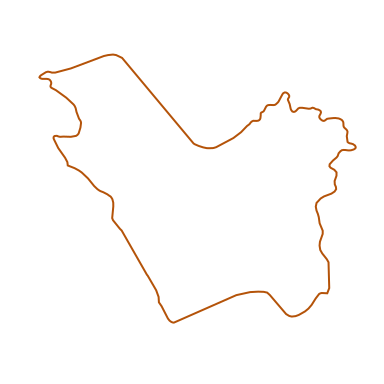 the border of Saïda, rotated 94°
{"feature_id": "DZA-2204", "entity_name": "Saïda", "entity_type": "Province", "adm_level": 1, "iso_a3": "DZA", "parent_name": "Algeria", "parent_adm1": "", "projection": "equal_earth", "projection_center": [-0.019, 34.538], "detail": "fine", "context": "isolated", "style": "outline", "palette": "amber", "viewbox_px": 384, "rotation_deg": 94, "n_neighbors": 0, "source": "natural_earth", "source_scale": "10m", "svg_char_len": 3135}
<svg xmlns="http://www.w3.org/2000/svg" viewBox="0 0 384 384"><g transform="rotate(94 192 192)"><path d="M304.4,217.3L299.0,218.0L292.5,220.9L278.5,230.4L277.7,231.2L235.3,259.5L233.7,261.4L225.7,268.8L223.6,269.8L212.0,269.5L208.2,269.8L204.8,270.9L203.2,272.0L202.1,273.0L201.7,273.9L200.2,276.3L198.4,280.5L197.6,283.1L197.1,284.3L195.8,286.5L192.9,290.0L185.7,296.7L180.2,303.4L178.4,306.4L176.4,310.8L174.2,317.8L170.9,318.4L166.7,321.0L157.5,328.5L148.9,333.5L147.8,333.9L146.7,333.8L145.8,333.1L145.5,331.6L145.4,330.8L145.5,330.3L145.7,329.9L146.1,328.2L146.1,326.9L145.7,324.2L145.4,316.7L144.1,311.6L143.1,310.3L141.6,309.2L135.6,307.8L130.8,307.5L129.6,307.8L128.5,308.4L126.8,309.8L120.2,312.8L116.5,313.9L114.6,314.9L113.8,315.5L112.9,316.3L106.7,324.0L99.9,334.9L98.2,338.8L97.6,339.9L96.8,340.5L95.5,340.5L93.9,340.0L92.6,340.1L91.5,340.5L90.0,341.8L89.7,342.4L89.4,343.4L89.3,344.5L89.3,345.5L89.5,347.7L89.6,349.1L89.4,350.4L88.9,351.5L88.2,352.2L87.2,351.8L86.1,350.8L82.7,346.1L82.0,344.1L82.3,341.6L82.7,340.0L82.4,336.7L77.2,321.5L62.5,289.4L61.3,285.4L60.4,280.4L60.7,277.2L63.1,271.1L143.5,193.8L144.2,192.5L145.6,188.5L146.7,184.0L147.2,180.5L147.2,178.9L146.8,174.6L146.5,173.3L145.6,171.0L135.3,154.5L128.9,147.2L122.3,141.7L120.7,139.8L119.8,139.0L118.7,138.4L117.6,137.4L116.7,135.9L116.6,132.9L116.3,131.1L115.6,129.9L114.6,129.2L113.5,128.9L110.8,128.8L109.6,128.9L108.6,128.9L107.9,128.4L107.4,127.5L106.9,126.7L106.5,126.2L105.6,125.7L101.8,124.1L100.7,123.3L100.0,122.1L99.7,120.1L99.6,116.7L99.3,115.4L98.6,114.4L96.8,112.7L95.8,112.0L88.2,108.6L87.0,107.8L86.2,106.4L86.2,105.2L86.7,104.0L87.4,103.0L88.3,102.2L89.3,101.7L90.4,101.7L92.4,102.7L93.3,102.8L97.5,100.7L102.3,99.3L103.5,98.6L104.7,97.5L105.0,96.3L104.8,95.2L104.1,94.2L103.2,93.4L101.2,91.8L100.5,90.4L100.3,88.1L100.8,81.3L100.5,79.5L99.9,78.5L99.5,77.5L99.8,76.1L100.7,74.3L101.0,71.7L101.7,70.2L102.5,69.2L103.6,68.9L104.9,69.2L107.1,70.2L108.3,70.3L109.4,69.8L110.5,68.8L111.7,66.9L111.9,65.4L111.3,64.3L109.6,62.4L109.2,60.8L108.4,56.2L108.2,54.2L108.4,50.8L109.0,49.0L109.7,47.6L110.5,46.8L111.5,46.1L112.6,45.8L115.4,45.5L116.5,45.1L117.4,44.3L118.9,42.4L119.8,41.6L120.9,41.1L122.2,41.1L125.5,41.5L131.2,40.3L131.9,39.4L132.4,38.2L132.6,36.6L133.0,34.8L134.3,32.6L135.8,31.8L136.9,32.0L137.8,32.9L138.4,33.9L139.3,36.3L139.5,37.7L139.6,39.1L139.4,42.3L139.5,43.8L139.8,45.3L140.9,46.7L143.1,48.4L146.0,49.2L147.5,50.2L150.8,53.6L154.7,56.6L156.7,56.7L158.1,55.5L159.9,51.6L162.3,49.2L165.7,49.0L171.1,50.5L174.4,50.1L176.9,48.8L179.1,48.4L181.6,49.8L183.9,52.8L187.2,60.0L189.5,63.2L194.2,67.0L198.0,67.5L201.8,66.5L205.1,64.9L208.2,63.8L214.3,62.5L221.5,58.9L224.7,58.7L232.7,60.9L236.6,61.0L240.9,60.0L244.2,57.8L249.7,52.8L252.6,50.9L278.3,48.4L283.6,50.0L283.7,55.5L283.9,56.2L284.3,57.2L284.9,58.1L289.6,61.2L296.3,64.8L300.2,67.7L303.3,71.0L307.2,76.9L308.6,80.0L309.3,83.8L308.9,86.3L307.2,89.6L289.4,107.1L287.1,110.0L286.6,113.5L286.8,119.0L287.8,127.0L291.8,140.6L323.5,200.8L323.6,201.4L323.5,202.1L323.1,203.5L321.9,205.4L319.9,207.2L308.0,214.4L304.4,217.3Z" fill="none" stroke="#b45309" stroke-width="2"/></g></svg>